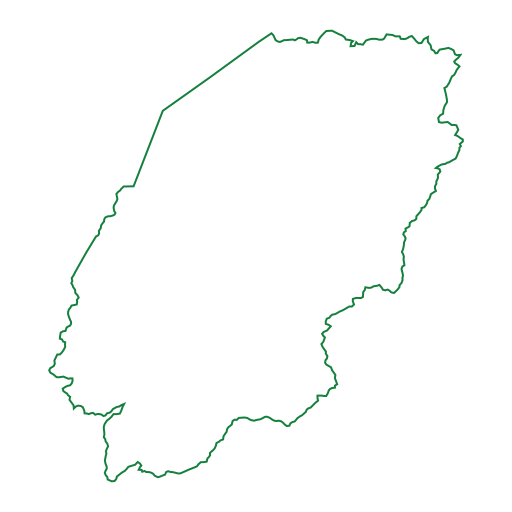 Independência, Ceará, Brazil
{"feature_id": "56859067B45229739408985", "entity_name": "Independência", "entity_type": "district", "adm_level": 2, "iso_a3": "BRA", "parent_name": "Brazil", "parent_adm1": "Ceará", "projection": "orthographic", "projection_center": [-40.325, -5.496], "detail": "fine", "context": "isolated", "style": "outline", "palette": "green", "viewbox_px": 512, "rotation_deg": 0, "n_neighbors": 0, "source": "geoboundaries", "source_scale": "gbopen_adm2", "svg_char_len": 5946}
<svg xmlns="http://www.w3.org/2000/svg" viewBox="0 0 512 512"><path d="M371.5,38.9L368.6,39.6L366.0,40.5L362.9,44.7L360.4,44.2L358.0,44.1L356.2,42.2L354.5,46.0L350.6,46.2L351.1,42.9L352.9,41.1L350.0,40.1L345.8,39.5L344.7,37.4L342.2,35.5L339.4,34.4L332.0,30.7L326.3,31.0L323.8,33.4L320.7,36.7L318.7,39.5L317.9,42.6L315.5,42.8L312.5,41.9L309.8,42.6L307.2,42.6L307.0,40.3L304.7,39.2L300.5,37.8L298.2,38.1L296.6,39.3L294.9,40.3L292.9,39.5L286.4,40.1L284.1,40.1L280.0,42.0L277.6,41.4L275.6,40.1L273.4,35.3L271.5,33.3L258.8,41.8L209.6,77.6L162.8,110.8L133.6,186.3L123.7,186.5L121.4,188.7L120.0,190.6L118.1,191.9L116.4,194.0L117.4,199.1L116.6,201.2L113.9,205.6L113.6,207.8L114.2,211.0L115.4,212.9L114.6,214.6L112.8,215.5L110.5,216.2L108.0,216.3L105.4,217.4L104.3,219.1L104.0,221.6L102.4,223.5L101.2,225.3L100.7,228.3L98.9,230.8L99.1,233.7L98.2,235.3L96.0,236.5L86.2,252.6L75.3,271.9L73.4,275.6L71.7,278.1L72.3,281.1L71.3,283.1L72.5,285.1L73.1,287.0L75.0,289.7L75.4,293.0L77.6,295.4L78.7,297.6L76.9,299.9L77.2,301.9L76.7,304.5L71.5,305.6L70.4,307.7L68.9,309.5L68.1,311.9L68.1,314.3L68.9,316.8L70.1,319.9L71.0,321.7L71.1,323.7L70.0,325.7L68.2,326.5L66.6,327.5L65.5,330.9L63.0,331.3L60.7,332.6L60.1,336.1L59.9,338.7L62.0,339.4L63.1,341.5L65.2,342.3L65.0,344.4L65.2,346.9L63.6,350.0L62.0,352.3L60.0,354.4L57.3,354.5L54.4,360.5L54.8,363.8L53.7,366.1L50.2,368.2L49.2,370.3L50.4,372.7L53.5,374.5L56.5,377.1L58.7,377.3L63.4,376.6L66.4,377.9L68.4,378.7L70.3,378.4L72.4,378.4L72.6,380.8L71.6,383.6L70.1,385.3L67.5,385.9L65.2,387.0L62.7,388.7L63.4,391.1L64.9,392.2L67.1,393.6L68.0,395.2L70.1,396.8L69.5,399.8L73.6,405.4L73.8,408.5L76.0,406.4L78.2,405.6L81.1,406.1L82.9,407.4L84.3,410.8L84.6,413.4L86.8,413.5L88.9,414.1L90.6,413.3L93.1,412.9L95.2,414.7L97.5,414.0L99.5,414.1L101.6,414.6L103.4,416.0L105.4,415.5L107.1,413.3L109.6,412.7L111.2,411.5L112.9,409.1L116.9,406.9L119.3,406.5L121.3,405.1L124.1,404.0L122.7,406.6L121.1,411.1L119.8,413.6L117.0,414.1L113.5,414.1L111.4,416.9L109.5,418.6L106.9,420.6L104.6,424.1L103.8,426.9L103.9,429.7L104.2,431.6L104.4,434.5L103.8,437.2L105.2,439.1L105.7,441.5L107.3,443.6L108.1,446.3L106.6,449.3L105.9,451.4L106.4,453.4L105.7,456.1L104.9,460.5L105.5,463.6L106.7,466.7L106.7,468.9L105.5,470.9L104.8,472.9L105.8,475.3L107.3,477.0L107.7,479.5L111.7,481.3L114.6,481.0L116.3,478.9L116.9,476.5L122.0,472.5L124.7,471.0L126.5,469.1L128.4,466.8L135.2,464.7L137.7,462.0L139.9,463.5L141.3,465.6L140.0,467.1L138.7,469.8L141.6,469.9L142.2,471.7L144.6,471.0L146.2,472.0L149.1,472.1L151.0,472.6L153.1,473.7L154.8,475.8L157.9,477.2L160.0,476.6L162.4,475.6L165.0,474.7L166.2,472.0L168.1,471.2L170.2,471.9L173.1,472.2L175.6,472.8L177.7,473.4L180.0,473.5L183.1,472.2L188.9,469.6L194.5,467.4L197.0,466.3L198.4,464.3L200.8,462.2L204.0,462.1L206.7,461.6L207.4,458.5L209.0,456.9L210.1,455.2L209.9,453.1L211.4,451.6L213.0,450.3L214.7,448.3L215.8,445.9L216.5,443.0L218.9,441.8L220.5,440.4L223.1,439.4L223.5,436.3L225.2,433.7L226.6,431.9L227.2,428.9L228.3,427.3L231.8,424.5L232.6,421.0L234.5,419.7L236.7,419.9L238.8,417.9L244.5,417.5L247.4,418.0L249.0,419.1L251.1,420.1L254.2,420.7L256.2,420.0L260.3,419.3L262.8,418.1L264.8,416.9L266.8,416.7L268.8,417.4L270.7,418.5L272.4,419.7L274.6,420.8L276.5,421.0L278.6,420.7L281.0,421.2L283.3,422.9L284.7,424.5L286.8,426.0L289.4,425.7L290.3,423.5L292.1,422.2L294.8,421.4L297.3,418.3L299.9,416.4L302.0,415.3L305.8,411.9L306.6,409.8L308.0,408.5L310.6,407.6L315.5,402.7L318.1,400.6L317.5,398.3L317.5,395.6L321.6,395.6L324.1,396.0L326.2,396.0L327.8,393.3L328.8,390.4L330.0,389.0L332.1,388.0L334.9,387.7L335.0,385.6L337.1,384.3L336.2,381.5L334.9,378.2L335.4,374.9L332.1,370.3L331.0,367.3L326.2,364.5L325.1,362.6L325.5,360.2L327.0,358.4L327.4,356.1L325.8,353.6L325.9,351.5L324.4,349.5L322.8,347.3L321.4,344.1L323.4,341.7L324.9,337.4L323.2,335.7L322.1,333.8L323.6,332.0L327.0,330.5L330.8,326.3L328.6,324.8L325.8,323.9L325.7,321.5L326.8,318.7L329.4,317.7L330.7,315.9L332.2,314.7L334.8,314.2L336.6,313.4L339.6,311.6L342.9,310.2L349.3,306.5L351.9,306.5L354.0,304.5L352.8,301.4L352.9,298.9L356.2,297.9L359.0,298.0L361.1,298.0L362.9,297.0L363.1,294.6L363.2,292.1L364.7,290.1L365.4,287.3L369.0,287.9L371.3,287.6L373.6,286.3L377.3,285.7L379.4,284.9L381.5,287.4L383.0,289.8L385.2,290.3L387.7,289.6L389.7,290.8L391.2,292.3L394.0,293.0L397.5,289.6L399.4,287.2L399.5,285.3L401.6,282.8L402.6,280.1L402.4,277.9L403.0,275.8L402.6,273.4L401.5,268.9L402.4,266.5L404.4,265.3L404.1,263.0L403.5,259.4L403.9,256.8L403.2,254.3L401.9,252.0L403.1,249.0L403.8,245.6L404.1,242.2L405.1,240.2L405.6,238.2L404.6,236.1L403.3,234.4L403.8,232.5L405.8,231.0L405.5,228.6L407.7,227.5L409.5,226.3L409.8,222.8L412.1,221.0L414.7,220.3L416.3,218.9L416.4,216.2L419.9,212.3L421.5,209.9L421.5,208.0L424.2,207.3L425.8,205.3L427.1,203.0L427.5,200.7L429.2,199.1L430.2,196.6L430.8,194.3L432.4,193.1L435.9,191.0L435.0,188.6L435.0,186.3L436.3,183.9L436.4,181.1L437.4,179.4L438.0,177.5L437.8,174.6L440.3,171.6L439.7,169.4L438.0,168.4L435.9,168.0L437.6,166.6L441.6,164.5L445.3,163.9L447.1,162.7L449.0,162.3L451.8,160.6L455.6,158.6L457.0,155.8L457.9,153.2L459.4,150.1L459.4,147.8L460.9,146.1L459.8,144.0L462.8,141.5L462.8,139.5L460.9,138.4L457.5,136.0L455.1,135.0L456.8,132.4L458.3,129.8L456.4,125.3L454.3,124.9L451.7,125.0L447.7,122.0L441.6,122.7L439.0,122.1L438.2,118.0L440.2,115.3L443.1,113.7L443.4,109.9L444.7,105.8L447.0,102.2L446.9,99.5L446.0,94.6L444.4,88.0L446.7,86.7L449.1,83.0L450.2,80.5L450.9,78.6L452.1,76.3L454.2,74.9L455.7,72.2L456.7,69.9L459.5,66.4L457.8,64.9L455.2,63.3L454.2,61.6L455.8,59.8L458.3,57.8L460.4,54.9L456.8,55.2L455.0,54.2L453.6,50.4L451.2,49.0L448.4,47.9L445.4,48.6L439.7,49.6L438.3,51.3L437.4,53.0L435.5,53.3L434.1,50.9L431.5,49.4L430.6,45.2L428.0,42.0L427.7,38.8L427.9,37.0L423.9,39.1L421.5,43.0L418.7,43.2L416.4,41.4L414.0,38.4L411.8,36.0L409.2,36.9L407.5,38.1L404.9,39.1L400.7,38.8L399.7,36.3L395.7,36.4L392.4,35.0L386.6,34.4L384.2,38.5L382.6,39.6L379.3,39.7L376.1,38.9L371.5,38.9Z" fill="none" stroke="#15803d" stroke-width="2"/></svg>